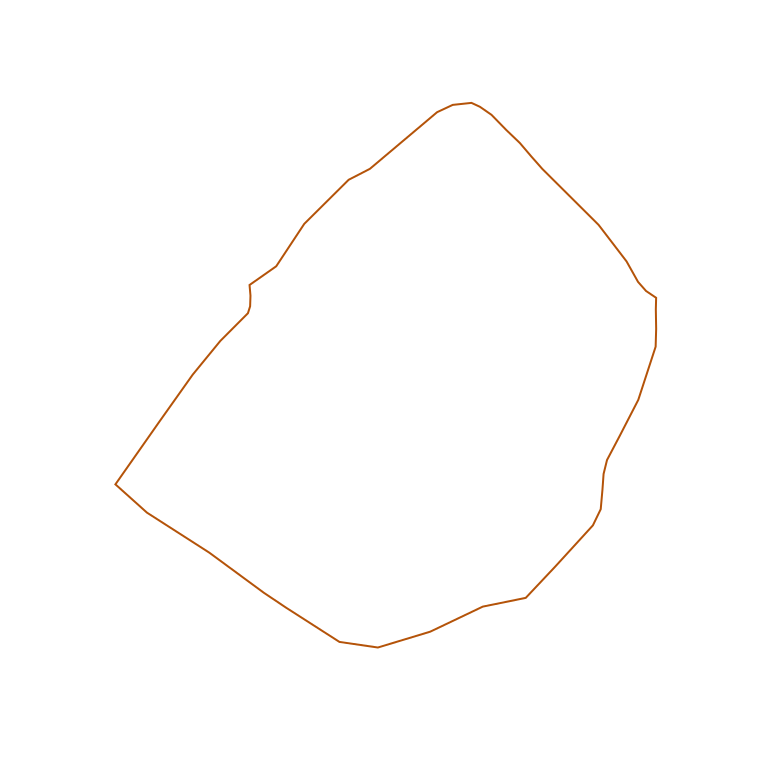 the district of La Esperanza, Quezaltenango, Guatemala, rotated 76°
{"feature_id": "79465075B77884380500547", "entity_name": "La Esperanza", "entity_type": "district", "adm_level": 2, "iso_a3": "GTM", "parent_name": "Guatemala", "parent_adm1": "Quezaltenango", "projection": "orthographic", "projection_center": [-91.579, 14.877], "detail": "fine", "context": "isolated", "style": "outline", "palette": "amber", "viewbox_px": 768, "rotation_deg": 76, "n_neighbors": 0, "source": "geoboundaries", "source_scale": "gbopen_adm2", "svg_char_len": 728}
<svg xmlns="http://www.w3.org/2000/svg" viewBox="0 0 768 768"><g transform="rotate(76 384 384)"><path d="M625.8,298.2L602.5,261.9L571.7,215.5L557.9,204.0L539.4,197.6L524.4,192.7L511.7,186.0L491.1,167.6L460.9,141.1L413.5,111.4L396.4,106.6L377.4,102.2L366.2,99.1L357.2,107.2L346.4,112.8L323.7,119.0L281.5,137.3L213.7,178.3L198.9,186.0L183.0,193.9L167.3,203.8L148.8,214.6L138.2,223.9L132.4,231.1L129.8,249.8L133.1,266.7L171.8,345.6L177.3,368.9L209.3,422.6L243.7,460.1L255.4,490.5L266.0,492.2L276.2,495.1L282.4,498.9L302.6,532.4L328.6,567.3L365.7,610.5L416.4,668.9L451.5,645.1L505.4,594.3L557.5,551.1L577.7,532.8L623.5,489.6L638.2,453.7L635.5,399.1L623.9,342.0L625.8,298.2Z" fill="none" stroke="#b45309" stroke-width="2"/></g></svg>